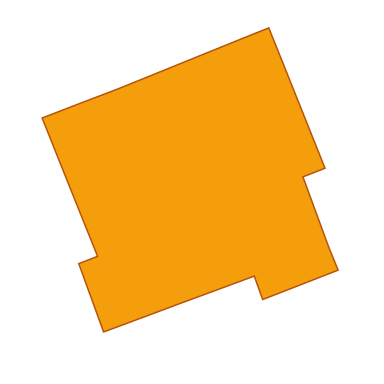 outline of Whitley, Indiana, United States of America, rotated 159°
{"feature_id": "52423323B56152187433060", "entity_name": "Whitley", "entity_type": "district", "adm_level": 2, "iso_a3": "USA", "parent_name": "United States of America", "parent_adm1": "Indiana", "projection": "robinson", "projection_center": [-85.517, 41.149], "detail": "fine", "context": "isolated", "style": "filled", "palette": "amber", "viewbox_px": 384, "rotation_deg": 159, "n_neighbors": 0, "source": "geoboundaries", "source_scale": "gbopen_adm2", "svg_char_len": 373}
<svg xmlns="http://www.w3.org/2000/svg" viewBox="0 0 384 384"><g transform="rotate(159 192 192)"><path d="M60.9,279.3L61.5,317.7L89.1,317.3L223.6,314.8L264.5,314.9L305.4,314.8L304.4,242.4L303.2,165.8L323.4,165.7L324.7,93.0L243.3,92.2L164.0,91.2L164.6,66.3L83.6,66.7L84.1,91.6L83.0,166.4L59.3,166.5L60.9,279.3Z" fill="#f59e0b" stroke="#b45309" stroke-width="1.5"/></g></svg>